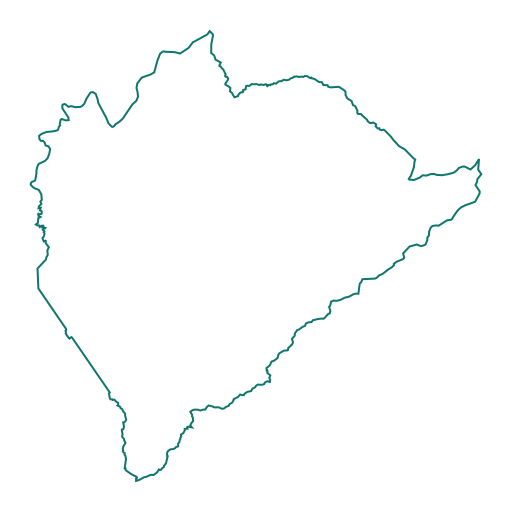 the district of Campoalegre, Huila, Colombia
{"feature_id": "7082276B79425124325602", "entity_name": "Campoalegre", "entity_type": "district", "adm_level": 2, "iso_a3": "COL", "parent_name": "Colombia", "parent_adm1": "Huila", "projection": "mercator", "projection_center": [-75.337, 2.645], "detail": "fine", "context": "isolated", "style": "outline", "palette": "teal", "viewbox_px": 512, "rotation_deg": 0, "n_neighbors": 0, "source": "geoboundaries", "source_scale": "gbopen_adm2", "svg_char_len": 5910}
<svg xmlns="http://www.w3.org/2000/svg" viewBox="0 0 512 512"><path d="M479.0,159.0L475.3,165.1L470.5,169.5L464.8,166.6L462.4,166.6L458.8,168.0L456.9,170.3L453.9,172.6L448.0,174.2L442.2,175.2L436.8,174.9L434.0,174.0L430.7,174.1L426.6,175.6L422.7,175.3L419.9,177.5L414.0,180.0L409.3,179.6L408.7,178.9L411.0,175.6L413.9,167.1L414.5,161.8L415.2,159.5L413.4,158.2L404.8,149.4L399.1,146.2L392.8,139.3L391.0,136.7L384.9,130.5L383.4,129.7L381.6,130.2L379.7,129.6L379.3,128.3L377.7,128.4L375.6,126.3L376.2,124.9L375.9,124.1L373.1,122.5L371.1,123.2L369.8,122.9L367.6,121.1L366.9,119.6L361.9,115.2L361.2,114.1L357.9,113.9L357.3,112.8L357.4,110.6L355.2,106.1L353.0,105.1L351.6,101.0L347.4,98.5L345.6,95.1L345.5,91.7L344.2,90.3L338.9,86.8L330.6,87.4L328.2,86.7L327.6,85.2L323.3,85.0L321.9,82.2L319.0,82.0L314.4,78.9L311.9,78.4L311.4,77.6L310.3,78.1L307.2,76.2L304.8,76.0L303.3,76.9L301.2,76.6L298.8,77.0L297.1,76.4L294.1,76.7L292.8,77.7L290.5,78.5L289.3,79.6L286.8,80.3L283.5,79.8L281.4,81.3L280.1,81.1L278.4,81.6L276.1,83.7L273.8,83.2L272.8,84.3L271.0,84.4L270.3,85.3L269.4,84.9L268.3,85.0L267.5,86.2L267.1,86.0L266.4,84.4L265.6,84.2L263.8,85.0L260.7,84.4L259.6,85.1L256.6,84.1L253.6,84.3L251.9,84.0L249.2,86.0L247.6,85.7L246.1,86.1L245.6,89.3L243.1,90.0L243.2,91.7L242.7,92.3L241.4,92.2L240.3,92.7L238.4,94.6L238.2,96.0L234.4,97.3L232.0,93.0L230.0,91.3L230.4,88.0L228.9,86.6L225.4,84.6L225.3,83.7L227.8,79.9L228.2,78.6L227.1,76.9L225.8,76.8L225.0,75.9L225.7,74.5L223.2,69.4L222.2,68.7L220.7,66.5L219.5,66.2L219.4,65.4L220.7,62.5L215.6,59.7L214.1,55.3L211.2,53.1L211.3,44.0L213.0,35.5L212.7,34.1L209.6,31.1L207.4,34.4L192.9,42.3L188.6,47.9L180.1,53.5L174.4,52.1L166.0,51.8L163.8,51.4L162.5,51.7L160.1,53.7L157.4,60.6L154.2,72.4L150.6,74.5L141.7,77.6L137.3,83.4L136.5,88.0L137.5,91.8L138.0,96.8L136.4,100.7L132.3,104.5L122.8,118.6L119.7,121.5L115.4,124.3L114.3,126.0L112.7,126.9L111.6,126.6L108.4,123.2L106.3,117.9L98.3,103.0L97.6,99.2L95.7,93.9L93.2,92.2L90.9,92.3L90.0,93.2L86.4,98.8L84.2,103.9L82.0,106.1L80.3,106.9L75.3,107.2L71.0,106.1L68.6,106.9L64.9,104.0L62.9,104.5L62.3,105.3L62.4,108.4L68.3,117.4L68.7,120.1L65.6,120.4L61.8,119.0L60.6,119.8L59.7,124.3L60.1,125.4L59.0,126.6L58.0,129.8L57.2,130.4L52.7,131.4L46.4,132.0L41.4,134.0L39.1,135.8L39.5,139.3L41.0,140.9L42.9,140.8L44.6,142.4L45.6,145.5L48.4,146.3L50.1,148.9L49.3,153.8L47.6,158.2L44.9,161.0L38.7,163.9L37.4,166.4L36.4,170.4L36.4,173.7L35.3,180.0L34.7,180.8L31.7,182.0L30.8,183.4L30.7,184.8L33.2,187.4L34.9,188.4L38.8,189.9L41.3,194.3L41.8,200.0L40.4,201.5L41.4,204.0L39.0,206.2L38.5,208.2L40.7,207.8L39.9,210.4L41.6,211.1L41.7,213.2L41.4,213.9L39.6,214.3L38.4,213.7L38.1,214.2L38.6,216.0L40.5,217.0L38.3,218.2L37.8,223.0L35.9,224.5L37.3,225.4L39.4,225.5L39.8,227.0L42.0,225.6L43.2,225.7L43.5,226.2L42.5,227.5L45.3,228.0L44.8,228.6L43.8,228.5L42.8,229.8L44.4,231.3L43.7,232.3L44.6,233.3L44.0,235.9L43.3,237.2L42.6,237.7L42.5,238.6L43.8,241.4L45.4,240.7L45.8,240.9L45.7,243.2L48.9,247.2L47.3,250.6L47.8,254.8L46.2,257.7L45.9,259.6L37.5,268.5L38.4,288.5L66.0,328.8L66.1,330.3L65.5,330.9L66.0,332.6L65.7,333.6L68.4,337.6L69.5,338.6L71.3,337.1L72.0,337.5L109.8,392.5L108.9,393.4L109.9,398.5L110.7,399.4L112.4,399.4L112.8,400.0L114.3,399.6L116.6,402.1L118.0,402.7L118.3,404.8L117.5,405.5L120.1,406.8L120.5,408.1L122.3,409.3L123.0,411.2L125.1,413.6L125.1,415.5L126.2,419.8L124.5,422.3L123.2,422.4L124.0,426.8L123.3,429.1L121.8,429.6L121.8,430.2L122.6,434.6L122.1,435.6L122.3,437.0L124.1,439.2L124.2,440.3L125.5,442.9L123.2,446.7L122.8,449.6L123.2,450.4L122.8,451.2L123.5,452.4L124.7,453.0L124.5,454.6L125.4,455.7L126.0,458.9L124.7,468.3L125.5,468.4L125.7,470.2L131.3,474.2L136.6,476.8L137.0,477.8L136.6,478.5L136.1,478.5L136.1,480.9L139.4,479.9L143.9,477.3L146.9,476.6L150.9,474.8L153.5,475.0L156.9,472.6L158.9,469.6L159.2,470.0L160.8,469.9L162.4,468.0L163.7,467.2L164.0,465.8L166.0,463.4L167.4,457.3L167.2,456.6L167.7,456.1L167.1,455.4L167.1,452.8L167.9,451.2L169.6,449.8L171.0,449.2L173.4,449.1L175.2,448.1L175.9,447.1L178.1,446.4L178.1,443.8L179.5,441.8L179.7,440.0L180.3,439.0L180.2,438.2L181.2,436.4L180.9,434.7L183.4,433.0L184.8,430.1L184.7,428.9L187.5,428.7L187.1,427.5L187.3,426.9L188.1,426.7L191.9,427.4L190.3,425.4L191.4,423.0L193.1,421.2L192.9,418.3L192.7,417.3L192.1,416.7L192.1,414.7L190.3,411.8L192.5,410.2L194.4,409.6L198.1,409.7L200.3,410.5L203.8,409.5L205.3,409.6L206.9,406.9L208.7,405.5L212.7,406.5L214.3,407.4L218.8,407.3L221.4,408.6L223.0,408.7L224.4,408.3L225.7,407.0L228.6,405.9L229.6,404.0L231.8,402.9L232.5,402.1L233.7,399.9L233.6,399.2L238.0,397.0L240.2,394.5L241.9,395.1L243.9,395.1L244.5,393.8L247.1,392.0L251.2,391.0L252.4,388.7L255.2,387.2L256.0,385.8L257.7,384.6L261.7,384.8L264.1,384.1L265.1,382.3L267.6,381.2L269.8,382.0L270.2,380.1L269.3,377.8L270.3,375.3L267.3,372.9L267.5,371.4L266.7,370.8L267.2,370.1L266.5,369.1L266.5,368.0L269.7,365.5L271.6,361.5L274.1,360.7L277.6,357.9L278.4,354.7L279.5,353.2L283.9,350.6L287.4,350.4L288.0,350.0L288.2,348.1L292.1,344.4L292.6,343.5L293.0,342.3L291.9,338.9L294.7,335.7L294.8,333.6L297.2,330.1L299.0,329.5L302.7,326.8L305.0,325.9L305.9,323.5L308.4,322.4L311.6,322.0L312.8,320.3L318.0,319.0L321.4,318.6L323.2,318.8L324.8,317.8L328.2,313.9L329.6,313.6L330.4,311.1L329.1,306.9L330.1,305.9L331.1,301.6L333.6,300.6L336.6,300.8L340.0,300.1L345.0,297.6L349.0,296.7L353.7,294.1L355.7,293.7L358.4,293.7L359.6,284.4L360.0,283.3L361.2,282.2L362.4,279.2L374.9,278.6L376.5,278.0L379.1,275.4L382.6,273.9L388.6,269.2L391.7,267.4L393.9,265.3L393.8,263.8L396.5,261.8L403.3,259.0L404.2,257.6L403.1,253.4L409.6,246.5L416.8,244.5L420.8,246.1L423.9,245.4L425.6,244.4L427.3,240.2L427.3,237.5L428.9,235.7L429.1,231.7L430.7,227.6L432.3,226.1L435.7,225.4L438.6,225.7L446.9,220.4L450.8,219.8L452.2,218.9L453.3,216.7L457.5,210.7L460.9,207.5L465.2,205.3L475.1,201.8L479.6,193.5L479.7,191.4L475.5,185.1L477.1,181.7L477.4,179.1L481.3,174.2L478.2,169.6L479.0,159.0Z" fill="none" stroke="#0f766e" stroke-width="2"/></svg>